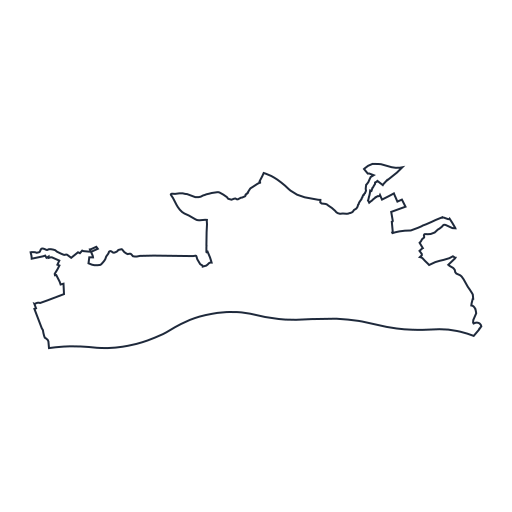 outline of Neder-Betuwe, Gelderland, Netherlands
{"feature_id": "6326949B61475164445939", "entity_name": "Neder-Betuwe", "entity_type": "district", "adm_level": 2, "iso_a3": "NLD", "parent_name": "Netherlands", "parent_adm1": "Gelderland", "projection": "orthographic", "projection_center": [5.585, 51.922], "detail": "fine", "context": "isolated", "style": "outline", "palette": "slate", "viewbox_px": 512, "rotation_deg": 0, "n_neighbors": 0, "source": "geoboundaries", "source_scale": "gbopen_adm2", "svg_char_len": 6008}
<svg xmlns="http://www.w3.org/2000/svg" viewBox="0 0 512 512"><path d="M473.7,335.9L478.9,329.8L479.5,328.9L479.3,328.8L479.4,328.6L480.4,327.7L480.5,327.3L481.3,326.5L481.2,326.0L480.9,325.1L480.6,324.6L479.6,323.5L478.7,323.0L477.6,322.7L476.5,322.6L475.4,322.8L473.6,323.5L473.1,322.6L473.3,320.0L476.2,313.3L475.9,311.4L475.5,309.5L475.2,309.0L475.3,308.8L474.3,307.3L473.5,306.4L472.6,305.8L471.3,305.5L471.6,303.3L472.7,299.0L473.2,298.9L472.8,294.6L472.3,293.6L469.9,289.8L467.8,286.8L463.6,279.3L461.6,276.5L460.7,275.7L460.0,275.2L456.4,273.6L455.3,272.3L454.7,269.8L453.5,268.3L452.9,267.8L449.6,265.9L448.3,264.8L455.0,258.4L455.3,258.0L455.4,257.8L455.2,257.8L452.9,256.3L449.3,258.2L443.6,259.9L439.7,260.8L435.3,262.1L429.1,265.0L427.8,263.6L425.0,260.9L422.5,258.2L421.4,257.5L419.9,257.1L421.8,255.3L421.8,254.0L419.5,250.9L422.5,248.2L422.8,248.1L419.6,242.8L420.9,241.4L422.1,239.2L424.1,237.5L424.2,237.0L423.9,235.3L424.2,234.5L424.9,234.1L428.0,234.2L430.7,234.0L434.7,232.5L437.8,229.6L439.5,228.6L441.8,226.8L443.2,225.2L444.0,224.8L444.8,224.8L445.7,225.0L452.4,228.1L455.4,228.3L455.3,228.0L452.2,222.7L449.6,218.7L449.4,219.0L448.9,219.1L448.0,219.1L443.8,217.6L443.2,217.5L442.3,217.7L442.2,217.3L435.6,220.0L431.6,221.9L426.1,224.3L422.6,225.6L421.7,226.2L418.0,227.8L411.0,230.4L410.3,230.5L404.8,230.7L399.3,231.4L395.2,232.3L392.5,233.1L392.2,232.5L392.8,232.3L391.8,221.8L392.4,221.6L392.8,221.0L391.2,211.9L405.5,206.7L401.9,199.6L397.4,201.6L395.1,196.3L395.0,196.2L393.9,193.4L389.3,195.9L382.0,199.6L380.0,195.0L379.7,195.7L379.2,196.0L378.7,196.2L377.5,196.2L376.1,197.2L375.5,197.2L374.8,198.1L373.4,199.1L371.9,200.6L370.6,201.5L369.2,202.7L368.4,201.0L368.0,200.6L368.4,199.4L369.0,196.7L369.4,195.5L369.8,193.6L370.2,190.5L371.4,191.0L372.0,189.4L372.3,188.1L372.9,187.6L373.9,185.7L375.0,184.0L375.1,183.7L375.0,182.9L375.1,182.5L376.2,181.9L376.6,181.9L376.8,181.5L377.4,180.9L382.8,185.1L383.4,184.1L387.2,180.0L387.4,180.2L396.9,172.6L402.3,167.3L400.1,167.7L395.7,167.8L391.6,167.2L381.0,164.2L378.2,164.0L372.5,163.9L368.1,165.8L364.4,168.6L364.0,169.0L367.8,173.6L369.2,173.5L373.7,175.2L370.7,177.0L369.9,178.6L368.3,182.2L366.7,184.3L366.2,184.7L365.9,186.8L365.7,188.9L365.8,189.6L366.0,190.4L365.7,191.6L365.1,192.7L365.0,193.2L364.2,193.9L363.9,194.5L363.9,194.8L363.3,195.0L363.1,195.4L362.5,196.6L362.4,197.3L361.6,198.4L361.5,199.2L360.4,200.6L359.4,202.1L358.8,203.3L358.6,204.3L358.0,204.9L357.8,205.9L357.4,207.0L356.8,207.9L356.3,208.6L354.0,210.0L352.8,211.7L352.2,212.2L350.4,213.0L349.5,213.1L348.3,213.6L346.8,213.8L342.8,213.5L340.0,213.8L337.6,213.1L336.2,212.1L335.1,210.8L331.8,207.9L328.5,205.7L326.7,204.3L325.2,203.9L321.6,203.5L320.3,202.4L320.4,199.9L318.3,199.8L304.7,197.3L297.1,194.7L290.5,190.6L288.6,189.0L285.1,185.7L281.2,182.5L277.3,179.6L274.3,177.7L271.3,176.0L265.8,173.7L263.7,173.0L262.4,175.9L259.6,181.3L259.5,181.7L260.1,182.1L260.1,182.7L259.3,182.9L257.5,183.8L252.6,187.0L250.5,188.3L250.0,188.9L247.6,192.7L247.4,193.0L247.6,193.1L246.9,193.8L246.0,194.2L245.7,194.5L245.5,194.9L245.6,195.5L245.0,196.3L242.0,197.6L240.9,197.7L237.9,199.3L236.9,199.3L235.4,198.5L234.1,198.7L231.5,199.7L228.6,198.9L228.1,198.7L226.9,197.1L223.3,194.6L219.5,192.5L218.4,192.2L217.2,192.2L211.7,193.0L209.1,193.7L206.4,194.3L204.7,195.0L203.2,195.4L200.7,196.7L198.7,197.1L195.2,197.1L187.1,194.1L185.1,193.9L182.6,193.3L179.6,193.3L175.1,193.9L171.9,193.7L170.9,194.2L170.8,194.5L171.0,195.0L173.0,198.0L176.5,204.8L177.8,207.0L179.8,209.7L182.1,212.0L184.4,213.5L188.8,215.5L195.4,219.3L196.9,220.0L198.2,220.2L199.4,220.3L205.1,219.8L206.9,219.9L206.8,221.3L207.0,224.2L206.6,232.1L206.4,245.3L206.5,245.4L206.4,247.4L206.4,252.0L206.6,252.2L207.1,251.8L207.3,251.9L207.6,251.7L210.0,257.4L211.0,260.5L211.6,262.6L210.2,262.6L209.6,262.8L208.8,263.3L207.9,264.3L206.3,265.6L202.7,266.6L202.6,265.9L202.3,265.4L201.0,264.7L200.1,264.0L197.3,259.3L196.4,256.3L196.1,255.9L195.6,255.7L193.0,256.1L153.8,255.6L139.9,255.9L137.0,256.5L134.6,256.5L132.9,256.2L131.4,254.4L130.6,253.8L129.7,253.7L127.6,254.1L126.2,253.4L124.3,252.1L122.4,249.8L121.9,249.3L121.5,249.2L118.6,249.9L118.2,250.1L117.4,251.1L116.6,251.7L115.0,252.4L114.0,252.7L113.1,252.6L111.4,251.4L110.8,251.2L110.2,251.1L109.2,251.6L108.9,252.0L108.4,253.5L106.2,256.5L105.3,259.1L104.3,260.7L103.1,262.2L101.2,264.3L100.2,264.9L97.7,265.2L94.4,265.2L92.0,264.7L88.5,263.3L89.3,257.3L93.0,257.4L92.8,256.1L92.4,255.0L91.0,251.9L97.8,248.8L96.3,246.8L91.0,249.2L89.9,249.4L90.8,251.7L88.7,251.6L83.3,251.1L82.2,250.6L79.9,253.2L78.0,252.3L71.2,257.8L67.2,254.8L66.7,254.6L65.9,254.6L64.5,254.9L63.5,254.7L60.9,253.6L57.0,251.7L55.2,250.2L53.2,249.6L50.9,249.2L48.9,249.2L47.1,250.0L46.2,249.8L44.5,249.0L42.8,248.5L42.1,248.5L41.4,248.8L40.8,249.5L39.8,251.7L39.3,252.1L38.8,252.3L36.7,252.8L35.3,252.3L34.7,252.2L31.8,252.1L30.7,252.3L30.8,252.6L30.7,252.8L31.4,255.5L31.6,257.2L31.7,258.7L43.1,256.3L45.2,255.6L46.5,257.8L46.9,257.6L48.6,256.5L48.6,257.9L50.7,257.3L51.8,257.3L59.3,260.6L57.4,264.7L59.4,265.5L57.6,269.1L54.8,273.7L54.7,273.9L55.0,275.3L56.3,275.1L59.7,281.8L60.6,284.5L63.5,283.7L64.0,294.1L47.4,300.4L40.1,303.0L38.8,302.7L37.4,302.8L36.2,303.2L34.6,304.0L34.4,303.9L36.0,308.3L34.4,308.9L41.8,328.3L42.9,330.1L43.4,333.0L44.1,335.8L44.8,337.7L46.0,338.4L47.7,339.9L48.4,341.4L49.0,348.1L55.3,347.3L63.4,346.6L70.4,346.3L80.9,346.5L88.9,347.0L97.0,347.8L101.2,348.0L107.3,348.1L115.5,347.6L122.7,346.7L127.9,345.8L136.5,343.9L142.4,342.2L147.5,340.5L154.7,337.7L163.0,334.1L166.4,332.3L175.0,327.2L181.0,324.0L189.9,319.9L194.8,318.1L199.5,316.6L205.5,315.1L212.1,313.8L217.4,312.9L226.3,312.1L229.5,312.0L237.5,312.1L241.5,312.4L250.2,313.7L265.1,317.0L278.7,319.0L285.5,319.6L296.1,319.8L311.5,319.1L336.2,318.7L348.0,319.6L358.6,320.9L362.1,321.5L386.6,326.9L396.7,328.5L404.2,329.3L411.8,329.7L418.6,329.9L421.8,329.9L439.4,329.2L448.3,329.6L457.0,331.0L460.3,331.7L467.2,333.6L473.7,335.9Z" fill="none" stroke="#1e293b" stroke-width="2"/></svg>